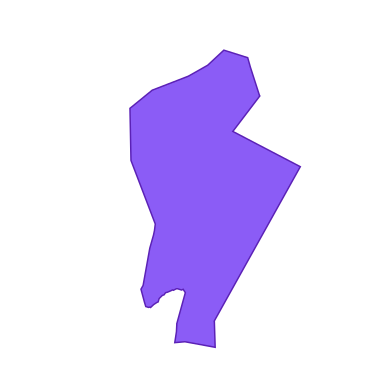 outline of Santiago Zoochila, Oaxaca, Mexico, rotated 23°
{"feature_id": "50627088B50868088212733", "entity_name": "Santiago Zoochila", "entity_type": "district", "adm_level": 2, "iso_a3": "MEX", "parent_name": "Mexico", "parent_adm1": "Oaxaca", "projection": "natural_earth1", "projection_center": [-96.251, 17.216], "detail": "fine", "context": "isolated", "style": "filled", "palette": "violet", "viewbox_px": 384, "rotation_deg": 23, "n_neighbors": 0, "source": "geoboundaries", "source_scale": "gbopen_adm2", "svg_char_len": 787}
<svg xmlns="http://www.w3.org/2000/svg" viewBox="0 0 384 384"><g transform="rotate(23 192 192)"><path d="M274.0,325.9L263.1,302.3L262.9,302.2L281.8,126.4L233.0,122.5L205.9,120.3L216.9,77.1L216.5,76.9L196.9,54.2L190.8,46.6L165.9,49.0L156.9,69.2L143.3,86.9L115.6,113.8L102.2,139.2L123.5,186.8L170.7,235.8L172.5,242.1L173.4,246.7L175.1,260.2L183.5,297.1L183.0,301.4L191.2,311.9L194.2,315.5L195.9,315.3L196.9,315.3L198.2,314.4L199.0,314.5L200.7,310.6L202.9,307.3L203.8,306.4L203.4,303.3L203.6,302.4L205.1,298.8L206.5,297.5L206.8,295.8L207.1,294.9L208.5,293.9L211.0,291.3L212.4,289.7L213.3,289.7L215.4,287.2L216.5,286.7L220.7,286.3L221.9,285.0L225.2,287.3L229.5,319.4L229.7,319.7L232.3,326.8L235.0,337.4L244.0,332.6L274.0,325.9Z" fill="#8b5cf6" stroke="#5b21b6" stroke-width="1.5"/></g></svg>